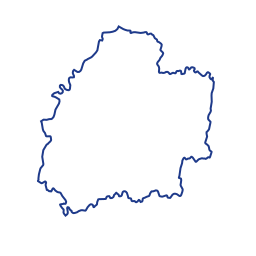 the Region of Vinnytsya, rotated 101°
{"feature_id": "UKR-323", "entity_name": "Vinnytsya", "entity_type": "Region", "adm_level": 1, "iso_a3": "UKR", "parent_name": "Ukraine", "parent_adm1": "", "projection": "natural_earth1", "projection_center": [28.815, 48.941], "detail": "fine", "context": "isolated", "style": "outline", "palette": "blue", "viewbox_px": 256, "rotation_deg": 101, "n_neighbors": 0, "source": "natural_earth", "source_scale": "10m", "svg_char_len": 5795}
<svg xmlns="http://www.w3.org/2000/svg" viewBox="0 0 256 256"><g transform="rotate(101 128 128)"><path d="M48.6,173.0L47.1,172.4L47.0,170.0L45.4,169.8L43.5,170.9L42.7,171.0L39.7,171.0L39.0,170.1L37.5,164.1L36.4,161.4L35.0,159.0L32.9,157.3L30.1,156.5L31.8,151.5L32.2,149.3L32.4,147.1L32.1,145.3L32.0,144.4L32.2,144.1L32.5,143.9L33.7,143.9L34.1,143.6L34.2,143.2L33.4,141.9L32.9,140.7L32.6,139.4L32.3,133.8L31.4,131.0L30.6,129.4L30.4,128.4L30.7,127.8L31.8,127.2L32.2,126.7L32.3,126.4L32.1,125.7L31.2,124.4L31.0,123.6L31.0,123.1L31.6,122.4L32.1,120.8L34.7,118.8L35.7,116.5L37.2,115.8L37.6,115.4L37.7,114.3L38.1,113.3L39.0,111.5L39.8,110.8L41.5,110.7L45.1,111.1L45.6,110.7L47.1,108.4L47.6,107.9L48.1,107.7L49.8,108.0L50.9,108.4L52.8,109.5L55.3,110.1L57.4,111.3L58.2,111.6L59.4,111.7L60.1,111.3L61.5,109.8L62.2,109.3L63.8,108.7L66.7,108.4L67.4,108.1L67.7,107.8L67.8,107.4L67.2,105.5L67.3,104.4L67.1,103.4L66.7,102.5L65.7,101.3L65.4,100.1L65.5,99.4L66.1,98.4L66.8,97.7L67.0,97.3L67.0,96.9L66.5,96.1L65.5,94.9L65.2,94.3L65.3,92.6L65.2,91.9L64.6,91.5L63.4,91.3L62.9,91.0L62.6,90.4L62.5,89.3L61.8,88.1L61.7,87.5L61.8,87.2L62.1,86.8L64.7,85.9L64.8,85.3L64.3,84.1L63.9,83.2L63.4,82.8L59.0,82.8L58.1,82.6L57.4,82.2L57.2,81.9L57.1,81.3L57.2,80.9L57.6,80.3L58.8,79.4L58.9,79.2L58.5,78.7L56.4,77.4L56.1,76.4L56.2,75.0L56.7,74.0L57.8,73.8L58.8,74.2L59.2,74.2L59.7,73.9L60.4,73.1L60.6,72.5L60.5,72.1L59.3,70.9L59.2,70.6L59.2,70.3L60.1,69.2L62.3,65.5L62.7,64.4L62.5,63.4L61.7,62.4L60.5,61.7L58.7,61.0L58.1,60.4L58.0,59.9L58.1,59.6L58.9,58.0L59.4,57.6L61.5,57.9L62.7,57.6L63.8,56.6L64.2,56.0L64.3,55.6L64.1,55.4L62.5,54.4L62.6,54.2L64.3,54.1L65.2,53.9L66.5,52.5L72.9,51.8L77.8,52.5L80.2,52.2L86.3,50.8L93.2,50.6L95.2,49.9L96.6,50.1L100.0,51.3L101.4,51.4L102.9,51.3L104.1,50.9L104.6,50.4L106.0,48.4L106.2,48.2L107.0,48.1L113.3,48.2L114.0,48.3L115.8,49.2L117.1,50.1L118.6,49.8L121.3,48.7L127.1,49.4L127.8,49.4L128.4,48.9L129.1,47.3L130.2,45.6L131.4,44.9L133.7,44.0L134.5,43.3L135.2,41.7L135.5,41.4L136.1,41.4L140.6,41.9L141.4,42.2L141.5,42.6L141.3,43.2L141.4,43.6L141.8,44.2L143.0,45.1L143.5,46.0L143.3,46.8L143.6,48.1L143.6,49.5L143.7,49.9L144.9,52.1L145.5,52.8L148.0,54.5L148.2,54.9L148.2,55.2L144.7,58.8L144.1,60.0L144.2,60.4L145.9,61.5L146.2,61.9L146.6,63.3L147.6,64.5L147.7,65.1L147.6,65.3L146.5,66.6L146.4,66.8L146.6,67.3L147.4,67.8L149.6,68.4L152.3,68.2L157.4,68.8L165.1,68.4L166.9,68.6L167.2,68.5L167.6,66.4L168.2,66.1L169.0,65.8L172.1,65.6L173.3,65.6L174.0,65.5L174.7,65.1L177.5,62.8L178.3,62.5L180.1,62.5L183.6,63.0L184.6,63.5L184.9,64.2L184.8,64.8L183.7,67.2L183.5,68.7L183.6,69.7L184.0,70.6L185.0,71.6L188.3,73.1L188.6,73.4L188.7,74.5L188.7,75.6L188.1,76.2L187.1,76.6L186.9,76.9L186.8,77.5L188.7,80.9L188.9,81.5L188.9,82.8L188.9,83.6L188.6,84.2L184.7,86.4L184.3,86.8L183.9,87.5L183.9,88.7L185.3,91.1L185.5,91.6L185.6,92.4L185.8,92.8L186.2,93.1L188.0,93.8L190.1,94.1L190.7,94.4L192.0,96.6L193.3,98.3L194.0,99.6L194.2,99.8L194.6,100.0L196.7,99.9L197.5,100.2L198.2,101.5L196.6,103.1L196.6,103.7L198.3,104.6L199.2,105.6L199.3,106.0L199.2,106.4L198.5,107.5L198.5,107.9L199.0,109.8L198.9,110.3L198.7,110.6L197.0,111.4L196.6,111.8L196.6,112.3L196.7,113.8L196.6,114.2L196.3,114.5L195.0,115.0L191.9,116.7L191.1,117.7L190.9,118.2L190.7,118.8L190.9,119.9L191.5,120.7L192.1,121.0L195.2,121.3L195.9,121.6L196.4,122.3L196.7,123.5L196.5,123.9L195.4,124.4L195.1,124.7L194.6,126.0L193.8,127.0L193.9,127.3L195.4,128.1L196.5,128.9L198.0,129.0L198.7,129.3L199.7,130.3L200.1,131.4L200.1,131.9L200.0,132.2L198.8,133.0L198.5,133.4L198.8,134.6L199.2,135.4L199.7,135.8L201.8,136.3L202.1,137.1L203.4,142.9L203.8,143.6L206.7,144.1L208.7,143.9L209.1,144.1L209.6,144.3L210.7,145.4L211.9,146.0L212.2,146.4L212.2,146.7L212.0,146.9L210.5,147.7L210.0,148.4L209.9,149.3L210.1,150.2L211.0,151.1L213.4,152.5L216.6,153.6L217.1,153.9L217.3,154.2L217.4,157.2L217.7,158.4L219.0,160.5L220.4,161.9L221.4,163.7L221.9,165.0L221.9,165.4L221.8,166.1L221.2,167.1L220.8,167.5L220.0,167.7L219.5,169.0L219.1,169.5L217.4,170.9L217.2,171.9L217.3,172.2L217.6,172.4L218.4,172.4L221.9,171.1L223.1,170.9L224.2,171.2L225.9,172.6L224.2,174.6L223.2,175.2L220.7,175.5L220.3,175.7L219.0,177.5L217.4,179.2L216.6,179.8L216.1,180.0L215.6,179.2L215.0,177.3L214.4,176.6L214.4,176.2L214.5,175.5L214.4,175.1L214.1,174.8L213.0,174.6L212.0,174.7L210.6,175.7L207.4,179.4L204.7,181.7L204.3,182.6L204.4,184.2L204.2,185.4L203.2,187.5L201.8,189.1L201.5,189.7L201.7,190.2L202.0,190.4L204.8,191.2L205.0,191.5L204.8,192.4L205.1,193.2L205.0,193.6L204.1,195.2L204.2,195.9L200.0,197.9L198.7,198.1L197.5,197.9L196.7,198.3L196.4,198.7L196.3,199.1L196.4,199.4L198.3,201.5L198.6,202.1L198.7,202.5L198.5,203.1L197.3,206.2L197.0,206.3L195.6,206.0L194.6,206.3L190.5,206.6L185.0,206.3L184.1,206.1L180.6,204.2L179.5,204.2L172.6,206.7L165.9,206.9L160.3,204.9L159.7,204.6L159.1,203.8L157.9,203.1L156.0,201.7L154.8,201.2L154.3,201.2L151.6,202.1L151.1,202.5L151.0,202.8L151.1,203.5L151.7,206.1L151.6,206.8L151.4,207.0L148.8,208.5L147.0,210.5L145.4,211.4L139.3,213.7L138.0,214.6L137.5,214.0L136.4,213.0L135.9,212.4L135.5,209.4L134.3,207.0L133.9,205.1L133.4,204.4L131.4,203.2L128.8,202.8L123.8,202.7L117.1,200.4L114.8,200.3L113.1,200.9L111.8,204.3L111.3,206.2L111.3,207.8L111.0,208.6L110.2,208.7L108.8,207.8L107.9,207.0L105.9,203.4L107.1,202.2L107.2,200.8L106.5,199.6L105.3,198.9L103.7,199.1L102.7,200.2L101.9,201.6L100.8,202.7L99.3,202.9L98.5,202.2L98.4,200.9L98.8,199.6L100.0,198.5L101.0,197.9L101.8,197.0L102.3,195.1L102.2,193.4L101.4,192.6L100.2,192.5L96.9,192.8L94.5,194.4L92.9,195.1L91.2,195.4L90.0,195.1L89.2,194.1L89.0,192.3L88.5,190.8L87.3,190.9L85.0,192.5L83.9,192.8L82.3,192.7L81.2,192.0L82.6,188.4L82.3,186.8L81.1,185.6L79.6,185.0L73.1,184.3L70.2,183.3L68.6,181.2L68.1,180.8L65.8,177.8L64.7,176.8L60.0,173.9L57.6,172.9L48.6,173.0Z" fill="none" stroke="#1e3a8a" stroke-width="2"/></g></svg>